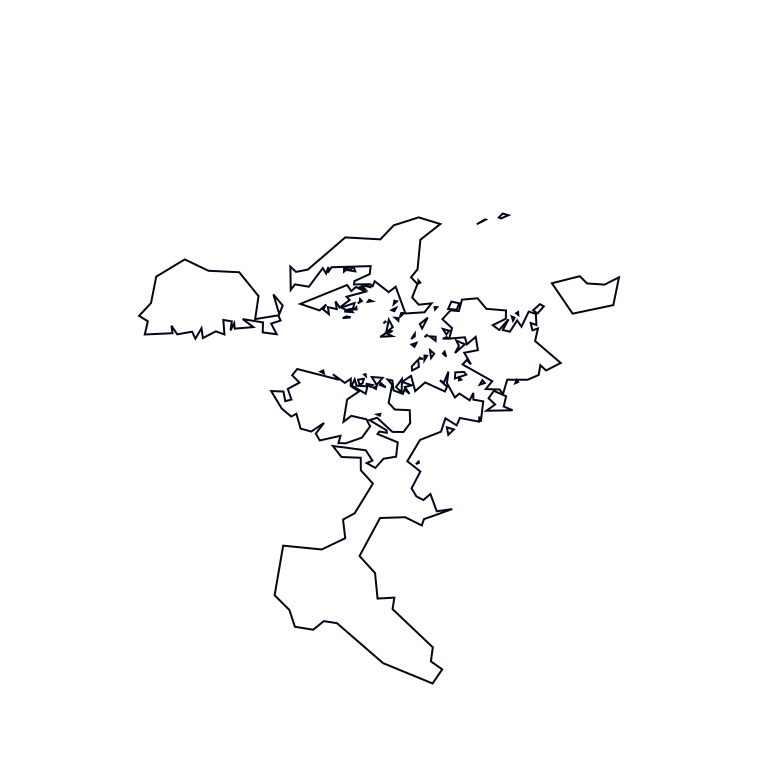 Bocas del Toro, Bocas del Toro, Panama, rotated 313°
{"feature_id": "35544464B73365109430870", "entity_name": "Bocas del Toro", "entity_type": "district", "adm_level": 2, "iso_a3": "PAN", "parent_name": "Panama", "parent_adm1": "Bocas del Toro", "projection": "orthographic", "projection_center": [-82.201, 9.231], "detail": "fine", "context": "isolated", "style": "outline", "palette": "ink", "viewbox_px": 768, "rotation_deg": 313, "n_neighbors": 0, "source": "geoboundaries", "source_scale": "gbopen_adm2", "svg_char_len": 6215}
<svg xmlns="http://www.w3.org/2000/svg" viewBox="0 0 768 768"><g transform="rotate(313 384 384)"><path d="M305.1,425.9L303.6,443.8L269.5,450.7L256.9,446.5L244.8,460.8L220.5,451.3L197.0,420.5L154.9,448.1L154.2,468.9L145.7,484.4L156.0,499.8L169.5,501.7L177.0,512.7L179.2,573.7L198.1,623.8L215.0,621.2L213.1,607.5L224.7,599.3L225.2,543.8L234.8,537.3L222.7,525.6L239.6,506.4L241.5,483.4L283.3,472.5L301.0,490.3L306.3,508.1L312.4,505.4L339.1,519.2L326.9,509.4L335.2,493.0L326.0,491.9L323.9,484.3L326.5,475.3L344.8,470.3L343.4,453.7L367.7,448.5L388.0,458.2L400.8,452.3L403.3,465.3L410.9,462.7L421.3,479.2L425.1,475.9L422.5,480.5L439.0,468.4L433.5,460.0L438.4,455.4L430.5,457.8L428.4,445.7L422.5,445.0L427.6,429.4L437.0,422.7L426.0,426.9L424.8,422.4L425.1,431.9L420.1,433.7L413.2,413.0L400.1,411.7L408.4,398.2L397.9,395.8L402.0,405.2L396.0,401.3L394.2,409.3L394.1,402.7L389.7,404.6L385.8,395.3L392.3,387.8L389.8,383.7L389.0,390.5L373.4,400.2L372.7,409.3L382.4,420.7L373.3,429.8L362.2,431.0L354.7,422.8L354.6,402.0L347.7,398.0L351.9,417.5L350.2,419.3L346.0,412.9L343.0,413.4L350.7,433.8L339.1,442.4L329.0,434.6L316.7,434.9L314.4,425.3L320.1,427.8L323.1,415.9L303.8,388.9L301.6,402.7L314.2,417.3L305.1,425.9ZM339.2,153.3L307.2,144.2L284.3,158.4L266.8,158.4L268.8,168.5L257.1,175.3L276.9,194.7L281.7,188.8L279.3,198.9L291.4,208.0L288.5,215.2L300.3,212.5L294.1,220.2L307.8,225.1L311.4,233.5L321.3,222.8L326.0,230.0L318.5,235.2L326.3,233.0L322.7,237.1L336.5,249.6L335.1,236.4L346.5,253.5L339.0,260.1L347.2,271.6L351.2,260.3L359.9,265.1L362.1,259.9L343.6,245.5L362.7,232.3L367.0,201.9L347.1,178.4L339.2,153.3ZM483.2,382.4L471.2,382.5L471.3,395.6L461.7,400.7L473.3,411.3L469.6,417.6L481.0,418.9L472.8,429.6L461.6,421.4L457.7,434.2L458.0,428.1L451.9,428.2L459.9,461.2L449.7,461.9L458.8,472.3L457.7,477.9L471.2,471.2L485.0,486.1L496.1,491.0L504.4,485.5L504.4,493.3L519.9,498.9L518.5,465.2L529.6,458.7L524.5,455.9L528.7,449.7L531.1,455.2L538.9,447.2L535.6,440.5L519.7,445.4L521.3,438.0L508.1,440.4L504.5,434.0L516.3,431.0L502.1,431.4L501.2,423.4L514.8,428.6L521.0,423.1L508.8,407.6L510.5,394.0L498.9,383.5L488.4,389.0L483.2,382.4ZM415.8,250.3L406.0,243.2L406.0,235.5L389.2,251.6L396.1,250.9L403.9,262.7L427.0,260.2L425.3,266.3L431.7,263.5L427.1,267.0L433.6,266.0L461.1,293.8L454.7,298.6L439.1,292.2L436.3,294.1L447.4,305.6L447.9,309.0L452.8,307.1L454.4,324.8L463.1,326.2L450.2,351.6L464.1,364.7L475.4,363.8L465.7,355.3L466.5,345.6L479.9,340.3L480.5,331.0L490.8,330.3L514.3,312.2L539.4,316.1L529.5,295.7L506.7,282.9L487.3,282.7L464.8,255.7L415.8,250.3ZM309.9,315.6L301.9,306.3L296.3,325.9L296.9,338.4L302.5,340.2L294.5,353.4L299.6,363.2L314.6,366.7L301.3,367.9L298.9,375.5L316.4,387.5L309.7,391.0L314.5,396.4L329.6,404.4L343.5,402.8L346.2,395.2L338.4,381.8L328.7,380.2L347.5,367.6L361.5,370.8L359.8,361.0L365.2,356.2L358.1,354.6L356.3,340.1L356.4,348.2L335.8,310.3L327.8,310.9L327.3,321.2L314.8,317.0L309.5,326.9L304.1,323.5L309.9,315.6ZM596.4,453.7L572.2,438.1L564.1,474.0L598.1,497.9L622.3,483.1L607.2,477.6L596.0,463.9L596.4,453.7ZM385.5,268.2L393.9,286.7L402.7,287.5L397.0,288.6L397.5,296.0L402.0,290.6L406.6,298.4L411.4,292.2L409.7,299.4L422.0,301.6L422.3,297.1L438.9,307.5L435.8,297.3L429.7,296.7L431.2,289.5L385.5,268.2ZM453.9,469.0L444.9,470.2L444.8,479.2L434.3,477.2L452.5,496.0L449.2,486.9L458.3,481.7L453.9,469.0ZM363.6,259.8L372.3,256.4L374.1,242.0L363.6,259.8ZM367.4,359.4L360.9,361.4L364.4,377.3L371.0,373.4L364.0,365.1L367.4,359.4ZM490.2,377.1L482.6,379.7L487.9,386.5L494.3,383.9L490.2,377.1ZM468.2,416.1L465.1,407.3L462.9,412.9L455.1,414.8L468.2,416.1ZM539.6,442.8L540.4,448.2L549.8,447.9L548.7,443.6L539.6,442.8ZM434.3,343.7L422.6,350.8L415.9,349.0L424.6,357.4L422.9,351.8L428.7,354.1L424.3,350.6L431.6,351.6L434.3,343.7ZM399.8,393.8L390.0,394.8L389.9,402.6L399.8,393.8ZM380.8,370.3L378.3,379.2L387.6,378.8L380.8,370.3ZM462.3,370.7L452.3,369.3L450.6,374.0L462.3,370.7ZM410.7,300.6L412.3,305.8L418.1,309.8L423.1,307.2L410.7,300.6ZM441.2,428.2L436.4,432.1L446.9,437.8L447.5,434.5L441.2,428.2ZM592.3,359.9L589.7,354.6L584.1,354.4L584.9,356.7L592.3,359.9ZM425.2,392.4L415.8,392.3L413.1,395.4L420.2,397.9L425.2,392.4ZM375.5,376.5L371.9,370.4L372.7,376.1L375.5,376.5ZM398.4,466.1L395.2,459.5L390.7,465.7L398.4,466.1ZM440.4,400.0L440.2,394.5L435.1,400.7L440.4,400.0ZM446.0,309.0L443.0,301.4L440.9,299.7L446.0,309.0ZM374.1,365.7L369.5,362.1L366.9,366.2L369.6,367.9L374.1,365.7ZM453.8,389.5L449.9,384.8L450.8,392.3L453.8,389.5ZM467.4,395.3L464.4,389.5L462.7,395.9L467.4,395.3ZM415.5,309.9L409.9,305.5L415.2,312.1L415.5,309.9ZM382.8,387.6L382.5,381.1L380.5,381.5L382.8,387.6ZM573.3,345.7L564.2,342.9L573.6,346.3L573.3,345.7ZM410.1,314.2L407.7,310.3L404.0,308.9L410.1,314.2ZM446.5,410.8L449.0,406.2L446.5,406.4L446.5,410.8ZM440.8,301.8L437.7,300.0L440.5,305.6L440.8,301.8ZM526.1,435.1L528.1,433.0L525.9,432.4L526.1,435.1ZM441.8,372.2L435.5,373.2L439.9,374.0L441.8,372.2ZM453.4,457.0L453.9,453.4L448.8,454.5L453.4,457.0ZM518.3,435.2L521.5,434.3L520.5,431.3L518.3,435.2ZM461.0,397.8L457.2,396.1L461.1,400.2L461.0,397.8ZM447.8,348.2L443.7,350.0L449.5,350.3L447.8,348.2ZM428.9,397.4L434.0,396.3L432.5,394.2L428.9,397.4ZM436.2,379.7L431.7,377.2L431.9,380.9L436.2,379.7ZM350.2,463.3L350.9,462.2L347.2,461.9L350.2,463.3ZM448.8,282.2L443.2,280.8L446.8,286.2L448.8,282.2ZM448.0,341.0L444.0,339.2L443.1,339.1L444.3,341.9L448.0,341.0ZM359.6,401.7L357.0,399.7L357.9,402.5L359.6,401.7ZM453.3,337.1L452.0,334.8L449.0,336.7L453.3,337.1ZM476.4,370.4L474.7,368.6L473.3,370.6L476.4,370.4ZM482.9,341.4L483.2,338.7L481.1,340.7L482.9,341.4ZM442.2,349.8L440.0,346.9L440.0,351.4L442.2,349.8ZM377.3,380.2L374.1,378.7L374.9,381.5L377.3,380.2ZM429.5,311.3L429.8,308.6L427.5,310.3L425.1,309.7L429.5,311.3ZM428.0,342.2L430.6,342.8L430.6,342.3L428.0,342.2ZM477.4,478.2L474.1,479.5L476.9,480.7L477.4,478.2ZM443.9,278.8L441.0,276.2L438.9,278.1L443.9,278.8ZM419.8,313.1L421.3,311.4L417.9,311.1L419.8,313.1ZM439.9,437.6L440.0,434.5L437.8,436.3L439.9,437.6ZM449.1,382.0L446.0,381.6L448.9,382.6L449.1,382.0ZM426.6,392.7L429.0,395.4L427.5,392.3L426.6,392.7ZM378.6,363.8L377.4,363.1L377.5,365.3L378.6,363.8ZM435.5,315.8L433.1,316.1L436.6,319.0L435.5,315.8ZM350.8,332.8L352.4,330.3L349.7,329.2L350.8,332.8Z" fill="none" stroke="#020617" stroke-width="2"/></g></svg>